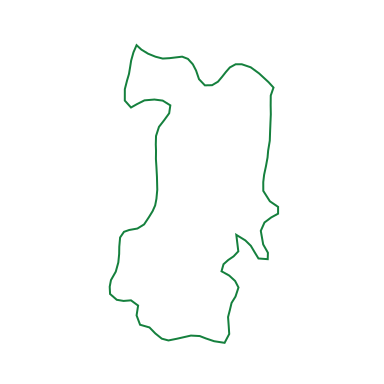 the district of Fama, Minas Gerais, Brazil, rotated 350°
{"feature_id": "56859067B48814730172569", "entity_name": "Fama", "entity_type": "district", "adm_level": 2, "iso_a3": "BRA", "parent_name": "Brazil", "parent_adm1": "Minas Gerais", "projection": "natural_earth1", "projection_center": [-45.815, -21.463], "detail": "fine", "context": "isolated", "style": "outline", "palette": "green", "viewbox_px": 384, "rotation_deg": 350, "n_neighbors": 0, "source": "geoboundaries", "source_scale": "gbopen_adm2", "svg_char_len": 1556}
<svg xmlns="http://www.w3.org/2000/svg" viewBox="0 0 384 384"><g transform="rotate(350 192 192)"><path d="M117.8,313.7L126.6,318.0L131.3,324.9L136.8,331.2L143.0,334.1L151.4,333.9L166.0,333.2L174.6,335.2L180.2,338.6L187.9,342.8L197.9,346.2L204.0,338.3L204.9,330.2L205.8,321.4L208.8,314.8L211.7,308.1L216.7,302.5L221.2,294.1L219.0,287.1L214.1,280.7L207.3,275.2L210.5,268.6L215.8,265.3L221.8,262.6L227.3,258.5L228.2,241.9L236.1,248.9L240.6,255.2L243.2,262.1L245.9,269.0L254.9,271.3L256.2,265.0L253.0,256.0L253.0,242.2L258.1,234.6L265.6,230.8L273.0,228.3L274.2,221.6L267.1,214.7L262.4,203.3L263.9,194.6L266.0,187.6L269.4,179.2L272.4,171.1L274.2,164.4L277.5,155.0L279.5,145.6L281.2,137.8L283.1,129.2L284.5,120.4L286.3,110.7L290.4,103.3L286.3,96.9L278.6,86.8L271.5,79.4L263.3,74.9L257.1,73.8L250.9,75.9L246.2,79.7L241.5,83.9L236.7,87.9L230.3,90.3L223.2,89.2L218.5,82.1L217.1,73.1L215.0,66.4L211.1,60.2L205.8,57.0L193.2,56.3L186.3,55.5L179.5,52.4L172.8,48.2L166.9,43.0L162.9,37.8L158.6,44.3L154.9,52.0L152.8,58.1L150.4,64.9L147.5,70.7L143.7,79.1L141.7,90.3L146.6,98.2L153.4,95.8L161.1,93.5L171.0,94.4L179.0,96.9L185.7,102.9L183.2,110.5L177.0,116.5L170.8,122.1L166.3,130.6L164.6,138.9L163.7,145.3L162.2,153.2L161.3,161.3L160.1,171.1L158.2,183.7L155.8,192.5L153.4,198.8L149.9,204.0L145.2,209.3L139.2,215.6L131.9,218.5L123.6,218.5L118.1,219.4L113.3,224.3L110.9,233.2L109.5,240.4L107.2,248.6L103.1,257.2L96.9,264.7L94.5,271.0L93.6,278.2L99.2,285.1L105.7,287.4L113.1,288.1L119.2,294.5L116.0,303.9L117.8,313.7Z" fill="none" stroke="#15803d" stroke-width="2"/></g></svg>